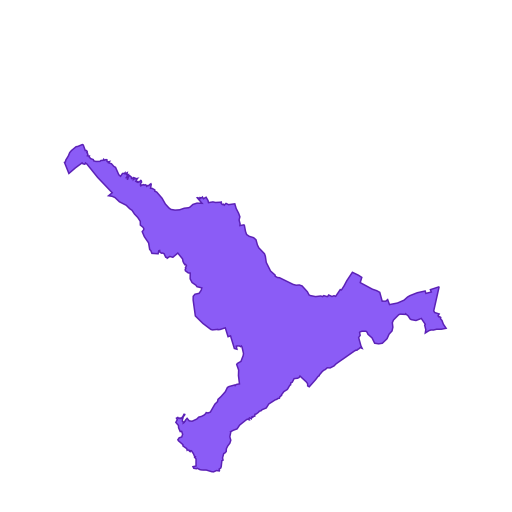 Casin, Bacau, Romania, rotated 64°
{"feature_id": "2599482B1841621601229", "entity_name": "Casin", "entity_type": "district", "adm_level": 2, "iso_a3": "ROU", "parent_name": "Romania", "parent_adm1": "Bacau", "projection": "mercator", "projection_center": [26.717, 46.195], "detail": "fine", "context": "isolated", "style": "filled", "palette": "violet", "viewbox_px": 512, "rotation_deg": 64, "n_neighbors": 0, "source": "geoboundaries", "source_scale": "gbopen_adm2", "svg_char_len": 6140}
<svg xmlns="http://www.w3.org/2000/svg" viewBox="0 0 512 512"><g transform="rotate(64 256 256)"><path d="M433.1,383.2L432.5,382.7L431.4,382.6L431.0,380.5L429.9,379.5L425.0,376.4L425.0,375.1L422.8,374.6L419.4,371.6L419.4,370.3L418.7,368.5L416.2,367.1L414.3,364.6L412.8,361.6L410.5,359.4L407.0,358.8L403.4,356.0L402.8,356.0L402.7,352.6L403.1,348.8L400.8,344.8L399.1,337.3L398.8,335.4L400.2,333.9L399.1,333.8L398.6,332.8L400.3,331.6L399.5,330.9L399.4,329.5L398.8,329.7L399.4,327.3L397.8,326.4L398.1,325.1L397.5,322.1L396.9,321.1L397.3,319.4L396.8,317.8L397.1,313.4L394.6,309.4L393.7,301.7L394.0,300.0L393.6,299.2L394.1,297.3L393.0,296.3L392.5,294.1L391.9,293.9L390.1,290.4L389.7,286.5L389.3,285.7L387.0,282.3L387.0,281.4L385.3,280.3L385.3,278.7L382.9,275.5L384.1,272.2L384.1,270.5L383.2,269.1L391.2,266.0L393.4,265.6L395.4,266.5L396.9,265.5L393.2,256.5L391.5,253.2L391.3,251.6L390.7,251.2L388.9,247.1L388.4,245.2L388.4,243.5L387.7,240.9L389.1,238.4L389.0,234.0L388.1,231.6L387.6,228.8L384.4,208.4L384.6,208.0L384.4,207.3L384.9,206.7L384.8,205.9L384.5,205.4L384.6,204.5L384.0,202.5L385.5,201.1L382.8,201.1L374.3,199.5L373.0,197.2L370.1,196.4L369.8,195.7L370.1,193.7L371.8,190.2L373.1,189.6L375.4,189.7L380.5,187.6L386.4,187.6L388.7,184.3L389.8,180.7L387.8,174.5L384.6,170.7L383.0,166.6L380.0,164.2L375.7,162.7L373.8,160.5L371.3,153.4L371.5,151.8L374.1,147.1L373.7,146.8L376.5,145.5L380.1,145.1L381.2,144.4L384.1,140.5L384.6,134.8L391.6,133.8L392.1,134.7L396.7,135.7L399.4,137.6L398.9,133.3L399.2,131.2L400.3,129.0L401.0,125.8L403.1,121.4L404.3,116.8L399.4,117.5L395.4,117.1L393.5,117.7L392.2,116.9L391.1,117.5L391.1,118.2L389.6,118.6L388.4,116.8L385.1,120.2L383.2,120.3L364.3,105.2L363.9,105.3L362.7,114.0L365.2,114.2L365.1,114.8L364.1,119.7L361.6,119.3L359.7,127.2L359.1,135.1L359.3,137.8L360.6,142.3L360.3,149.4L358.2,157.3L352.9,156.8L353.5,159.2L351.9,162.4L342.9,160.7L340.1,162.7L336.9,165.9L325.6,174.0L321.6,170.3L318.1,172.4L312.9,176.5L318.0,185.2L321.5,190.0L323.7,193.6L323.9,194.4L323.1,195.0L327.2,202.1L325.9,203.3L325.7,205.5L322.9,207.8L323.8,209.3L323.7,209.9L321.3,212.5L321.7,213.9L320.3,215.4L318.6,220.3L315.3,224.6L314.2,225.4L310.7,225.5L303.1,227.7L301.0,229.8L299.9,232.7L297.8,235.1L285.8,244.4L284.8,246.1L282.7,247.6L281.5,247.2L275.9,249.5L266.3,249.6L260.3,247.7L257.7,247.4L249.9,249.9L246.7,249.9L241.4,248.9L238.5,250.1L235.3,253.5L232.6,255.0L229.5,254.7L223.2,253.0L222.7,253.3L221.6,257.1L220.1,256.2L216.2,255.4L213.7,253.3L210.0,252.9L204.6,253.0L199.8,252.2L197.8,258.2L195.6,259.9L196.4,262.3L195.2,262.5L195.0,263.7L192.6,264.3L192.2,262.9L192.2,264.0L191.6,265.5L190.1,269.0L188.5,271.0L187.2,275.3L185.1,274.8L181.3,275.1L181.5,278.1L179.5,278.3L179.9,279.3L179.0,280.7L179.9,280.9L179.9,281.5L178.0,282.8L177.9,283.3L185.0,281.4L182.6,285.9L182.0,290.1L183.1,293.9L183.1,295.3L181.6,299.6L181.0,304.4L179.3,308.6L176.8,312.1L174.6,313.2L169.5,314.7L162.9,315.1L155.0,317.2L153.5,318.5L152.2,318.0L149.7,319.7L148.9,321.1L145.7,318.8L145.0,318.8L145.2,320.2L145.8,321.5L145.2,322.1L145.5,323.7L144.1,323.7L143.3,324.4L143.3,325.5L142.4,326.0L142.4,328.6L141.7,328.2L141.4,328.7L140.0,327.7L139.4,326.4L137.8,326.2L137.5,326.5L138.1,327.9L138.2,329.6L137.9,330.1L137.3,329.7L137.0,330.7L136.2,331.3L135.2,329.7L134.7,329.7L134.3,328.6L133.8,330.3L133.1,330.5L133.4,332.0L132.5,331.0L131.8,331.8L132.3,332.5L132.3,333.5L131.7,333.9L130.8,333.3L128.5,334.3L128.2,335.1L131.2,338.2L129.3,337.2L128.7,338.2L128.1,337.0L127.5,336.7L126.8,335.0L126.0,336.4L124.7,335.3L124.8,337.5L123.8,337.2L124.1,337.9L123.3,339.8L125.0,342.8L122.8,343.7L114.7,343.4L113.2,344.5L109.7,345.5L107.6,347.6L106.9,346.3L106.5,347.9L105.7,348.4L104.2,347.8L103.6,348.5L103.4,350.3L102.3,350.5L103.0,351.5L102.2,353.4L102.5,354.9L100.8,358.5L99.4,360.1L98.0,360.0L96.0,361.9L93.7,362.5L93.1,361.9L92.0,363.6L90.9,362.5L88.8,362.6L88.7,362.1L87.8,361.9L86.7,362.3L86.4,363.2L80.5,362.6L79.7,363.2L79.4,368.2L78.9,369.8L80.3,375.6L81.4,378.1L83.8,380.8L86.4,384.9L87.9,386.1L87.9,387.1L99.8,388.0L97.6,379.6L96.1,371.5L96.9,371.4L98.3,370.0L98.4,369.3L97.7,368.5L99.1,367.7L115.9,363.9L136.1,357.5L137.2,362.1L139.3,359.1L141.7,357.1L147.4,355.0L153.5,350.4L158.1,348.8L160.6,347.4L165.1,346.8L169.4,345.4L174.1,344.8L177.5,346.4L180.5,345.0L182.1,344.8L183.2,345.4L184.2,347.6L189.6,347.9L197.2,346.8L203.5,348.7L205.1,348.2L208.0,348.4L211.1,343.0L208.7,341.1L208.8,340.2L210.3,340.7L212.0,339.8L212.3,338.8L213.6,337.6L217.5,337.7L218.1,336.8L219.1,336.8L218.6,333.7L220.7,331.3L219.1,325.0L226.4,323.3L228.9,324.0L231.0,324.0L232.7,323.7L232.6,323.1L233.0,322.9L234.3,322.8L235.6,324.6L236.3,324.5L237.3,325.7L238.4,325.9L241.5,324.3L242.5,322.6L247.7,325.2L251.8,325.1L255.9,322.8L257.7,322.5L260.9,318.7L262.7,320.2L264.6,323.5L263.6,327.6L264.7,330.1L268.0,331.8L283.3,336.8L293.3,333.3L302.2,328.8L303.3,327.6L305.2,322.5L305.6,322.5L306.3,320.6L307.1,315.1L316.3,316.5L316.6,313.9L329.6,316.0L331.4,314.0L328.4,313.3L328.6,312.4L329.5,310.4L330.7,309.6L330.5,308.6L331.9,308.5L338.2,310.0L339.9,311.2L344.1,315.7L344.4,319.8L345.0,320.9L350.9,321.6L355.8,324.2L363.7,326.9L362.9,329.7L362.9,330.7L363.3,331.6L362.6,331.7L361.5,337.5L361.6,339.3L364.5,343.0L367.0,349.0L368.2,353.0L370.0,354.4L371.1,357.8L376.3,365.5L376.0,368.0L374.9,369.4L375.6,370.3L376.2,372.3L376.3,375.2L375.7,378.1L376.6,380.7L376.5,385.9L374.9,388.3L371.7,389.1L372.5,391.1L373.5,392.2L373.3,392.7L373.6,393.2L374.1,393.4L374.3,394.6L373.5,394.1L372.2,394.6L370.1,393.4L369.6,392.6L369.1,392.8L367.4,389.5L367.1,389.5L366.7,390.1L368.3,392.2L369.1,394.5L368.8,395.4L368.3,395.3L367.9,396.7L366.8,397.0L366.9,398.6L368.6,398.5L370.4,401.0L374.3,400.0L376.5,400.9L380.6,401.1L381.0,399.7L384.1,400.1L386.1,402.1L385.7,404.7L386.9,406.8L388.1,406.7L393.5,404.4L394.7,404.9L398.8,402.7L400.3,403.0L400.2,402.6L401.9,400.7L402.4,401.3L403.0,400.9L402.4,400.1L402.7,399.4L406.4,398.9L409.4,399.1L409.7,398.6L410.3,399.5L410.9,399.0L412.2,398.9L418.5,402.0L417.7,405.0L419.5,405.0L421.1,402.8L421.0,401.9L423.5,400.0L424.8,398.1L426.6,394.5L430.5,390.3L431.4,388.8L431.5,385.6L433.1,383.2Z" fill="#8b5cf6" stroke="#5b21b6" stroke-width="1.5"/></g></svg>